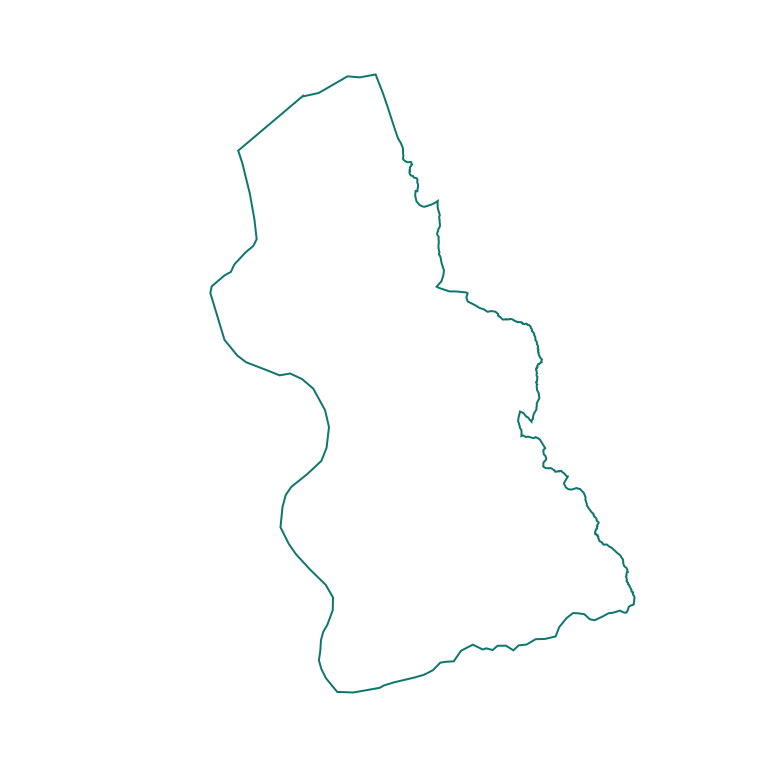 Kwahu Afram Plains North, Eastern, Ghana, rotated 159°
{"feature_id": "2480657B6837938265733", "entity_name": "Kwahu Afram Plains North", "entity_type": "district", "adm_level": 2, "iso_a3": "GHA", "parent_name": "Ghana", "parent_adm1": "Eastern", "projection": "natural_earth1", "projection_center": [-0.105, 6.867], "detail": "fine", "context": "isolated", "style": "outline", "palette": "teal", "viewbox_px": 768, "rotation_deg": 159, "n_neighbors": 0, "source": "geoboundaries", "source_scale": "gbopen_adm2", "svg_char_len": 6127}
<svg xmlns="http://www.w3.org/2000/svg" viewBox="0 0 768 768"><g transform="rotate(159 384 384)"><path d="M436.5,654.1L437.1,640.9L441.1,609.4L446.0,584.1L451.0,564.8L456.4,559.8L465.8,556.6L480.8,549.3L486.8,543.5L493.8,542.6L509.9,536.9L513.5,531.2L517.1,482.4L510.8,463.2L504.9,453.7L487.5,438.0L478.4,429.5L467.8,427.4L458.7,417.9L451.7,405.0L448.4,380.6L450.8,363.5L460.5,345.0L470.1,334.6L488.5,327.2L507.4,321.2L515.4,315.7L522.8,305.6L532.0,287.3L530.2,268.9L527.2,256.7L519.6,237.5L510.4,217.4L508.1,203.0L512.9,191.2L523.2,179.5L529.6,174.3L534.6,167.5L539.2,157.5L543.8,149.4L544.6,140.3L543.6,130.0L538.0,113.3L523.2,107.0L496.9,101.9L492.1,102.6L481.6,101.9L461.0,99.1L451.0,98.2L440.8,99.3L431.3,103.7L425.1,102.3L418.3,100.1L407.6,107.4L394.5,108.8L387.0,100.8L383.3,100.6L377.9,96.7L371.8,98.9L363.9,96.0L358.7,89.0L352.0,91.7L344.3,89.7L333.9,91.4L325.0,88.3L314.3,86.8L307.5,94.3L297.3,100.1L290.0,102.3L289.4,102.3L285.0,100.4L279.4,97.2L276.2,90.7L272.1,88.0L264.2,88.5L256.3,89.5L253.2,88.6L250.3,88.2L245.6,88.0L244.7,87.8L243.3,86.0L241.4,84.3L239.8,83.7L238.5,84.5L236.6,86.6L235.4,88.2L232.9,88.8L231.8,88.6L229.8,88.8L228.8,90.9L228.1,91.9L227.5,93.4L226.5,95.1L226.7,97.5L227.0,98.1L226.7,99.4L226.5,99.6L226.1,100.2L226.4,100.7L227.2,101.3L227.2,102.2L226.7,103.0L226.9,103.3L226.8,104.1L227.1,104.8L227.0,106.2L227.3,106.6L227.1,107.6L227.3,108.1L227.3,108.9L227.8,109.2L227.9,109.4L227.4,111.0L228.0,112.0L228.2,112.9L228.0,113.5L227.4,114.0L227.4,115.2L226.9,116.4L227.1,117.4L226.2,118.2L226.3,118.9L225.3,120.2L225.0,120.8L224.4,121.3L223.7,121.2L223.9,122.3L223.4,123.3L223.6,125.4L225.0,127.8L225.0,130.5L224.3,132.5L223.8,134.7L224.4,136.4L224.7,138.8L225.5,140.7L227.1,143.2L228.3,145.9L230.5,150.0L232.0,151.6L233.4,154.1L233.7,154.4L236.5,155.3L236.6,155.6L237.0,156.3L236.9,156.9L237.3,157.4L237.3,157.9L238.3,159.2L238.7,159.4L239.1,160.2L239.2,160.6L239.0,161.0L239.2,163.3L238.9,163.7L239.0,164.6L238.7,164.9L239.0,165.4L238.8,166.3L239.4,166.3L239.8,167.4L240.1,167.7L240.0,168.0L240.3,168.0L240.6,168.4L240.3,168.9L240.3,169.8L240.1,170.1L239.5,170.6L238.7,171.8L237.2,172.4L237.1,172.5L237.3,172.7L237.1,172.8L237.1,173.2L236.2,174.1L236.2,174.5L236.0,174.8L235.7,174.8L235.7,175.6L233.4,177.4L233.2,178.0L234.5,180.3L234.0,181.3L234.1,182.7L234.6,184.1L235.3,185.0L235.2,185.6L235.3,186.6L234.9,187.1L235.5,188.2L235.4,188.8L236.1,189.7L236.4,190.7L236.5,191.3L237.5,194.5L237.6,195.8L238.2,197.7L237.6,199.7L237.6,201.6L237.4,202.7L237.5,203.8L236.4,206.0L236.5,208.4L236.3,208.8L236.5,209.5L236.5,210.7L238.6,215.7L240.8,217.1L241.1,217.6L241.6,217.9L246.7,218.2L249.6,219.7L251.3,222.4L251.7,226.4L251.3,227.1L245.5,231.8L246.5,232.5L247.9,236.0L249.0,237.6L249.6,239.3L250.0,239.6L251.6,239.5L251.9,239.8L251.9,240.2L254.1,240.2L255.8,241.0L255.8,242.4L256.4,242.9L257.8,245.0L259.0,246.1L259.8,246.0L262.9,247.4L264.2,248.7L264.9,250.2L264.3,250.9L263.6,253.0L263.2,253.5L261.8,254.4L259.9,255.2L259.3,256.0L259.1,259.2L259.9,260.7L259.8,262.5L258.9,265.2L256.5,266.3L258.5,276.7L259.5,277.7L259.7,278.4L261.8,280.2L262.3,279.9L264.1,280.0L268.0,283.0L270.5,283.7L272.7,286.2L274.4,286.2L273.3,288.6L272.2,291.6L272.8,294.4L272.4,296.1L272.4,297.6L272.1,298.4L272.2,300.8L271.7,302.1L270.6,304.1L266.9,309.5L264.1,306.7L262.8,302.4L261.7,301.4L261.2,300.3L260.8,298.3L259.8,295.9L259.1,297.2L257.4,298.2L256.6,299.9L255.1,302.1L254.2,303.1L253.1,303.7L250.6,305.9L250.2,307.4L249.3,308.4L249.0,309.3L248.7,310.5L247.3,312.2L244.1,315.0L243.5,317.0L243.6,317.6L243.0,318.9L243.2,319.7L242.8,320.5L243.3,323.3L243.2,324.2L242.7,325.2L242.5,326.8L242.1,327.6L241.1,328.6L241.4,329.0L241.4,329.9L240.6,331.3L241.0,331.4L239.3,333.2L238.9,334.6L238.6,334.9L238.2,335.9L238.6,336.9L238.3,338.0L237.3,339.5L237.2,340.8L236.8,341.4L237.0,343.0L236.1,344.2L235.5,344.0L235.1,344.9L234.6,344.9L234.3,346.2L233.0,346.9L232.8,347.3L232.1,347.3L231.9,347.0L230.2,347.9L229.4,347.7L229.3,348.3L228.9,348.3L228.6,349.2L227.8,350.3L228.8,352.8L228.7,354.0L229.0,354.6L228.8,355.2L228.9,357.0L228.4,357.7L228.7,358.8L228.5,359.5L227.9,359.7L227.4,361.0L227.9,361.6L227.6,362.1L227.6,362.6L226.8,363.3L226.7,365.1L227.0,366.6L226.5,367.5L226.3,368.3L226.4,369.1L226.9,370.8L226.3,372.2L226.3,372.7L225.9,373.8L226.3,375.7L225.8,376.7L226.1,378.6L226.9,380.2L226.4,381.1L226.5,382.9L226.8,383.8L226.6,384.8L226.9,385.3L227.2,386.8L228.7,387.6L228.8,387.8L228.7,388.3L229.4,389.2L230.6,389.6L231.4,389.5L232.5,390.4L232.8,391.2L233.2,390.9L233.5,391.6L233.7,391.8L234.0,392.8L235.6,393.3L236.2,393.8L237.1,393.8L238.1,395.1L238.9,395.4L239.6,396.6L240.2,397.0L240.4,397.6L241.6,398.9L242.9,399.5L243.7,399.4L244.4,399.8L245.9,400.0L246.4,400.3L246.8,400.9L247.6,400.8L250.0,401.6L250.8,403.2L251.1,404.2L251.9,405.5L252.6,406.0L253.0,406.6L252.9,407.0L252.5,407.3L252.6,408.1L252.4,408.5L254.2,411.7L257.9,413.7L261.4,414.3L263.9,417.8L267.6,420.8L270.6,424.8L276.3,431.1L276.1,435.3L273.4,438.7L274.8,440.2L284.0,444.8L289.9,447.1L298.1,453.9L300.0,456.0L293.5,459.4L289.8,464.0L287.3,468.5L286.9,476.3L285.8,481.9L285.9,483.9L286.3,485.2L285.0,487.3L284.8,489.6L283.8,493.3L282.6,495.4L281.5,498.2L281.3,499.4L280.2,501.8L280.8,504.1L280.4,505.6L279.6,506.7L278.5,507.6L278.2,508.5L277.0,509.8L276.2,510.2L275.2,511.4L274.8,512.3L274.2,514.6L273.5,516.9L273.2,517.4L273.1,518.8L272.5,520.4L271.5,521.5L271.3,522.0L270.8,528.9L270.3,530.2L270.3,530.9L269.7,531.8L269.7,532.5L268.2,535.6L272.1,534.8L275.9,534.5L282.6,534.9L284.5,536.0L286.7,538.5L288.2,542.8L287.4,548.8L285.3,552.9L283.8,552.0L282.5,554.6L281.4,555.9L280.7,558.3L280.8,560.1L279.6,562.8L279.5,563.8L280.0,564.6L282.0,565.9L282.3,566.4L282.4,567.8L283.2,568.4L283.7,568.5L284.4,569.4L284.6,571.5L284.4,572.5L284.1,573.0L283.5,573.0L283.3,573.5L283.5,574.3L283.5,574.7L282.7,575.4L282.1,577.0L280.7,577.8L279.8,578.9L279.1,578.8L279.3,581.6L282.5,582.6L283.9,583.9L285.4,586.2L285.6,587.8L284.4,589.3L283.6,592.3L281.8,597.5L281.9,602.9L282.9,608.3L282.5,618.6L281.3,642.1L280.8,654.9L280.9,676.0L296.6,678.9L307.8,684.3L340.8,679.1L357.1,681.6L357.0,681.8L436.5,654.1Z" fill="none" stroke="#0f766e" stroke-width="2"/></g></svg>